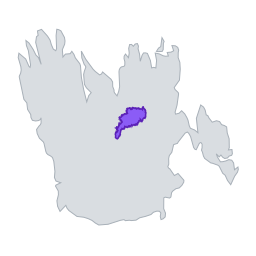 Ballinasloe Lea-6, Galway, Ireland shown in context, rotated 91°
{"feature_id": "5873133B97089647818716", "entity_name": "Ballinasloe Lea-6", "entity_type": "district", "adm_level": 2, "iso_a3": "IRL", "parent_name": "Ireland", "parent_adm1": "Galway", "projection": "natural_earth1", "projection_center": [-8.386, 53.453], "detail": "fine", "context": "in_parent", "style": "filled", "palette": "violet", "viewbox_px": 256, "rotation_deg": 91, "n_neighbors": 0, "source": "geoboundaries", "source_scale": "gbopen_adm2", "svg_char_len": 8612}
<svg xmlns="http://www.w3.org/2000/svg" viewBox="0 0 256 256"><g transform="rotate(91 128 128)"><path d="M171.6,32.5L164.7,36.1L163.6,37.5L161.7,43.1L161.5,44.6L157.1,50.8L154.7,52.1L151.0,53.1L148.9,54.1L146.3,53.6L142.9,53.6L141.3,54.8L141.4,55.6L142.4,56.6L148.5,59.4L148.2,60.6L146.4,62.0L135.4,65.3L132.1,67.3L131.0,68.6L132.1,70.8L141.0,77.5L142.5,78.3L143.8,82.1L151.6,83.8L154.8,86.2L157.6,86.8L163.5,86.6L165.9,87.5L167.3,86.8L168.1,85.5L174.7,80.8L172.6,77.2L179.3,71.2L181.2,71.3L184.4,73.1L187.0,75.7L187.9,79.1L190.3,82.2L191.9,83.3L196.2,83.9L197.3,85.1L196.5,89.6L197.2,91.0L208.1,90.9L212.5,89.0L216.3,89.3L218.2,91.3L219.0,93.4L215.8,94.2L212.4,93.7L210.7,95.1L210.6,97.7L211.8,101.1L214.1,103.5L216.0,108.8L217.6,114.8L220.0,118.4L220.5,122.9L220.2,125.1L220.7,129.0L219.7,130.4L220.5,134.2L224.6,146.2L225.5,155.5L223.6,159.0L221.0,162.4L219.3,166.3L218.0,170.6L217.3,177.5L211.6,185.6L209.2,187.6L206.4,188.8L212.6,194.5L207.6,197.0L202.1,197.8L196.0,196.4L192.2,196.6L187.3,199.5L186.3,199.0L183.9,194.3L182.3,199.1L178.8,200.7L172.7,200.3L162.7,201.6L158.8,203.0L157.2,205.1L156.0,207.6L154.5,209.1L152.7,209.8L144.9,211.7L143.4,212.4L139.8,216.4L135.1,218.7L131.1,219.4L127.7,217.1L126.2,215.7L124.6,215.0L119.3,215.1L121.0,215.8L122.1,217.4L122.6,220.6L122.0,223.7L119.3,225.2L116.2,225.5L111.2,228.7L104.7,229.6L101.1,232.6L79.4,237.5L78.1,237.6L75.1,236.3L71.9,235.8L68.6,236.2L59.5,239.0L55.1,238.4L60.8,231.5L68.3,228.0L69.1,227.0L66.7,226.5L52.3,229.0L47.3,231.0L42.3,231.6L44.7,228.5L51.1,224.2L56.7,221.3L59.1,218.8L65.9,215.9L44.0,221.8L38.3,221.1L37.0,219.5L32.5,220.2L30.9,216.2L37.5,210.1L41.4,207.5L46.0,206.1L50.4,204.1L52.0,201.6L50.0,200.8L36.8,201.5L30.5,200.9L30.9,199.0L32.0,196.8L38.6,193.1L42.1,192.5L45.3,192.8L50.8,195.0L58.2,194.3L55.2,191.9L54.7,187.1L52.3,185.5L55.4,183.3L58.8,181.9L64.6,177.3L66.7,176.6L78.1,175.5L90.4,173.0L102.6,169.7L96.3,167.8L93.3,165.4L88.5,170.3L85.1,172.3L75.3,173.3L72.2,172.7L67.8,171.2L66.5,171.8L65.2,172.9L58.7,175.4L51.9,176.0L59.9,171.5L69.9,163.9L72.2,161.5L75.4,157.3L74.4,155.4L72.4,154.4L79.6,145.8L82.2,144.2L86.9,144.0L90.3,142.6L91.8,142.6L93.1,142.1L96.1,139.5L91.5,137.9L86.8,137.1L72.0,138.0L70.1,137.8L68.3,137.0L67.1,135.8L66.3,132.9L65.2,132.3L61.9,132.3L58.6,133.2L56.3,133.1L54.1,131.8L57.7,128.8L53.1,128.1L48.4,128.7L44.5,127.8L44.4,125.9L46.2,124.1L43.9,122.3L43.4,120.1L45.9,119.0L48.6,119.3L54.1,117.7L61.1,116.9L55.1,115.2L52.7,113.8L52.6,111.7L53.1,109.9L60.1,106.8L67.5,105.4L66.9,103.4L67.5,101.2L60.0,100.6L52.6,102.1L53.4,97.9L55.2,94.1L55.6,91.6L55.3,88.9L51.8,90.1L51.4,86.3L50.0,83.7L44.8,85.5L45.0,82.1L46.5,79.7L49.2,78.7L51.8,79.1L56.7,79.1L61.5,77.3L68.3,76.8L79.2,77.4L86.7,82.5L88.7,81.6L91.7,78.4L93.1,78.0L104.4,79.4L111.4,81.2L113.3,80.7L112.3,77.1L109.8,74.7L112.9,71.5L116.6,69.3L119.0,68.2L124.7,66.8L127.2,65.6L128.8,61.4L131.5,58.0L117.2,59.8L103.7,55.7L105.8,52.8L108.7,51.2L113.6,50.0L114.1,48.5L116.6,47.2L120.7,43.9L119.2,39.7L120.0,36.5L123.0,34.5L123.9,31.6L125.2,29.4L131.2,28.7L137.0,26.7L145.9,26.4L148.2,27.2L147.7,23.7L151.9,23.2L153.5,23.9L154.3,26.4L156.2,28.0L156.8,30.8L155.5,32.9L153.4,34.6L155.3,36.3L152.3,39.3L155.6,38.0L160.2,35.0L160.0,32.6L159.2,29.5L157.9,26.7L158.4,23.7L161.1,21.8L167.9,20.8L165.1,17.4L167.6,17.0L170.3,17.8L174.3,20.5L182.9,24.3L178.7,27.6L173.6,30.0L171.6,32.5ZM51.1,99.3L50.9,100.9L47.6,98.9L46.1,96.7L37.1,95.6L40.8,93.4L42.7,94.1L49.0,94.2L50.8,95.1L51.1,99.3Z" fill="#d9dde1" stroke="#a8b0b8" stroke-width="1"/><path d="M107.7,125.9L108.1,126.1L108.2,126.4L108.2,126.5L107.8,126.5L107.8,126.8L108.2,127.0L108.3,127.5L108.2,127.6L108.2,127.8L108.3,128.0L108.5,128.4L108.4,128.7L108.7,128.8L108.5,129.2L108.8,129.5L109.0,129.4L109.4,128.9L109.7,128.9L109.8,128.9L109.8,129.1L110.2,129.4L110.4,130.0L111.2,130.0L111.7,129.9L111.8,129.8L112.2,129.7L112.1,129.1L112.3,129.1L112.3,129.6L112.8,129.7L113.0,129.7L112.9,129.4L113.3,129.1L113.3,129.3L113.7,129.4L113.7,129.8L113.3,130.0L113.6,130.2L113.7,130.4L114.1,130.4L114.0,131.6L113.9,131.6L113.8,131.9L114.8,132.4L114.8,132.5L114.7,132.7L114.9,133.1L114.8,133.3L115.4,133.5L115.2,133.6L115.3,133.9L115.2,134.1L115.4,134.1L115.5,134.5L115.4,134.7L115.8,134.9L116.5,134.8L117.0,134.9L117.0,135.2L117.2,135.5L117.3,135.4L117.5,135.6L117.5,135.9L117.7,136.2L117.5,136.3L117.2,136.6L117.5,136.9L117.8,137.0L118.0,136.6L118.7,136.4L119.0,136.6L119.0,136.3L119.3,136.2L119.2,136.1L119.4,136.0L120.4,135.8L120.5,135.8L120.4,135.6L120.5,135.5L120.6,135.2L120.1,135.2L120.3,134.9L120.5,134.9L121.2,135.1L121.4,134.8L121.2,134.6L121.2,134.4L121.5,134.3L121.8,134.2L122.0,134.0L122.4,134.1L122.4,134.4L122.4,134.7L122.9,134.8L123.1,135.0L123.4,135.0L123.7,135.2L123.4,135.9L124.2,136.1L124.4,136.1L124.5,136.2L124.3,136.4L124.3,136.5L124.2,136.5L123.9,136.6L124.0,136.7L123.8,136.8L123.7,136.9L123.2,136.8L123.2,137.0L123.8,137.1L124.1,137.1L124.3,137.1L124.5,137.2L125.0,137.1L125.0,136.9L125.7,136.9L125.8,137.1L126.6,137.4L126.5,137.5L127.2,137.6L127.3,137.7L127.3,138.1L126.5,138.0L127.3,138.2L127.4,138.4L127.5,138.5L127.8,138.5L127.4,139.0L127.2,138.9L127.1,139.3L127.7,139.4L127.9,139.5L128.2,140.2L128.6,139.5L128.9,139.3L129.0,139.2L129.9,139.3L129.9,138.9L129.8,138.7L130.1,138.8L130.2,138.4L130.6,138.4L130.8,138.2L130.9,138.6L131.1,138.6L131.7,138.6L131.6,138.8L131.7,139.0L131.8,139.1L132.0,139.1L132.5,139.4L132.4,139.5L132.8,139.5L133.2,139.9L133.2,140.1L133.0,140.3L133.4,140.4L133.7,140.4L133.9,140.5L134.6,140.6L135.3,140.3L135.7,140.2L136.0,140.3L136.5,140.2L137.4,140.4L137.8,140.3L138.2,139.8L138.7,139.4L138.8,139.1L138.8,138.7L139.0,138.4L138.8,138.1L138.3,137.7L137.6,137.4L137.3,137.1L137.1,137.0L136.3,136.9L136.2,136.3L135.9,136.3L135.6,135.9L135.0,135.7L135.0,135.8L134.9,135.9L134.6,135.7L134.1,135.8L133.6,135.7L133.4,135.7L133.2,135.6L131.6,135.3L131.2,135.4L130.8,135.3L130.9,135.2L130.7,135.0L129.7,134.9L129.5,134.7L129.4,134.5L129.3,134.2L129.1,134.1L129.0,133.8L128.8,133.8L129.0,133.5L129.0,133.3L128.9,133.1L129.2,133.0L129.0,132.6L129.1,132.2L128.9,132.2L128.6,131.5L128.3,131.5L128.0,131.7L127.9,131.6L127.1,131.4L127.3,131.3L127.4,131.0L127.2,130.9L126.9,130.9L126.9,130.5L126.7,130.5L126.6,130.4L126.5,130.0L127.1,129.6L127.2,129.3L127.2,129.2L127.4,129.1L127.5,128.8L127.5,128.7L127.2,128.5L127.2,128.3L126.9,128.2L126.9,127.8L126.5,127.8L126.2,127.8L126.0,127.6L126.1,127.4L126.0,127.0L125.8,126.9L125.8,126.6L126.4,126.4L126.6,126.4L126.9,126.2L126.7,125.8L126.3,125.7L126.2,125.6L125.8,125.3L125.8,125.2L125.6,124.9L124.7,124.4L125.0,124.1L125.5,124.0L125.2,123.9L125.0,123.5L125.0,123.4L125.3,123.2L125.2,123.1L125.0,122.9L124.9,122.7L124.5,122.3L124.6,121.9L124.8,121.7L125.0,121.8L125.1,121.7L124.4,121.1L124.5,120.9L124.8,120.7L124.3,120.4L124.5,120.3L124.2,120.1L124.2,119.9L124.3,119.7L124.0,119.5L123.8,119.4L124.0,119.2L124.7,119.3L124.9,119.1L124.6,118.9L124.1,118.7L123.9,118.5L123.9,118.4L123.5,118.3L122.7,118.4L122.3,118.3L122.2,118.1L122.5,117.8L122.3,117.6L121.9,117.6L121.8,117.4L121.7,117.2L121.1,117.1L120.9,117.2L120.6,117.2L120.4,116.8L120.6,116.2L120.3,116.0L120.0,115.8L120.2,115.7L119.8,115.6L119.2,115.7L119.4,115.5L119.7,115.4L119.9,115.3L119.9,115.0L120.0,114.8L120.4,114.9L120.7,114.6L121.2,114.8L121.3,114.8L121.4,114.5L121.4,114.2L121.0,114.0L120.7,114.1L120.5,113.9L120.3,113.7L120.0,113.7L119.8,113.5L119.8,113.4L119.0,113.3L118.6,113.1L118.2,112.9L118.0,112.7L117.6,112.2L117.8,111.9L117.1,111.6L117.1,111.4L117.3,111.4L117.5,111.6L117.8,111.2L117.4,111.1L117.1,110.8L116.7,110.6L115.8,110.5L114.4,110.7L113.7,110.4L113.8,110.5L113.0,110.4L112.6,110.5L112.2,110.5L112.0,110.4L111.6,110.7L111.7,110.9L110.6,110.8L110.6,111.0L110.4,111.1L109.3,111.2L109.3,111.4L108.8,111.8L109.0,112.0L108.6,112.4L108.4,112.6L107.9,112.9L107.6,112.8L106.6,113.1L106.6,113.3L106.7,113.5L107.0,113.8L108.1,114.0L108.2,113.9L108.4,113.9L108.6,114.4L109.0,114.3L108.8,114.5L108.8,114.9L108.8,115.1L108.7,115.5L108.8,115.7L108.7,115.8L108.8,116.0L108.8,116.4L108.6,116.6L108.7,116.8L108.3,116.9L108.3,117.0L108.7,117.2L108.6,117.6L107.8,117.8L107.8,118.1L108.1,118.2L108.1,118.6L108.1,118.9L108.1,119.0L108.5,119.1L108.7,119.3L108.8,119.8L108.1,119.9L108.0,120.0L107.9,120.3L108.0,120.4L107.9,120.6L108.0,120.8L107.9,120.9L108.0,121.0L108.3,121.2L108.3,121.3L108.1,121.4L108.0,121.7L107.8,122.0L107.9,122.4L108.0,122.4L108.0,122.9L107.7,122.8L107.6,123.0L107.4,123.7L107.5,124.0L107.9,123.9L107.6,123.7L108.1,123.8L108.2,124.1L108.3,124.1L108.3,124.4L108.6,124.5L108.9,124.5L109.2,124.4L109.3,124.8L109.5,125.4L109.4,125.6L109.1,125.6L108.7,125.8L108.3,126.0L108.0,125.9L107.7,125.9Z" fill="#8b5cf6" stroke="#5b21b6" stroke-width="1.5"/></g></svg>